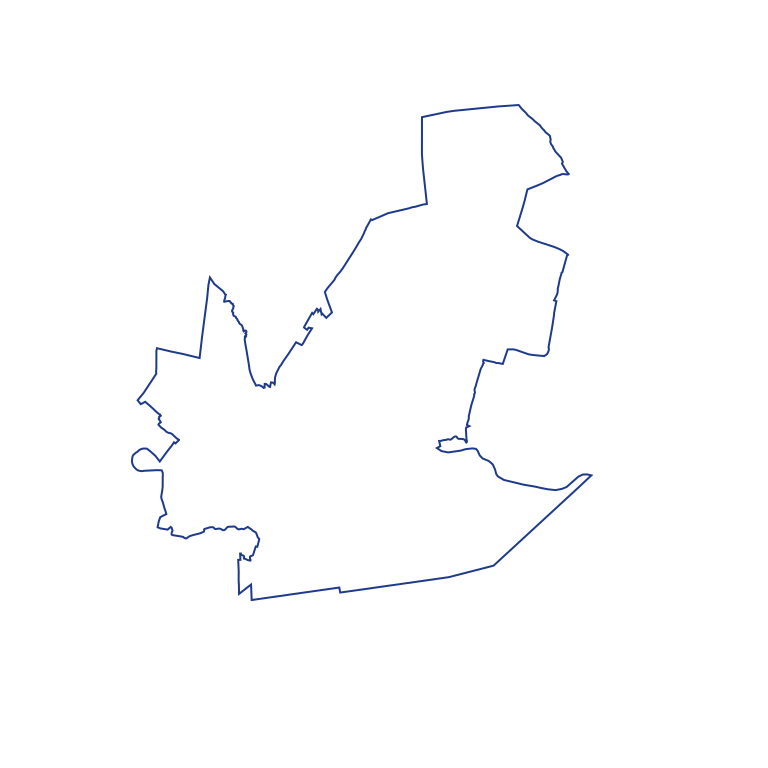 outline of Siret, Suceava, Romania, rotated 150°
{"feature_id": "2599482B44067509189222", "entity_name": "Siret", "entity_type": "district", "adm_level": 2, "iso_a3": "ROU", "parent_name": "Romania", "parent_adm1": "Suceava", "projection": "albers", "projection_center": [26.077, 47.951], "detail": "fine", "context": "isolated", "style": "outline", "palette": "blue", "viewbox_px": 768, "rotation_deg": 150, "n_neighbors": 0, "source": "geoboundaries", "source_scale": "gbopen_adm2", "svg_char_len": 6166}
<svg xmlns="http://www.w3.org/2000/svg" viewBox="0 0 768 768"><g transform="rotate(150 384 384)"><path d="M629.6,449.1L631.3,448.6L633.7,448.5L636.5,447.9L637.7,447.2L639.0,445.8L640.9,443.2L641.3,442.2L641.8,440.5L642.0,438.9L642.0,437.4L641.2,434.1L640.4,432.4L639.3,431.2L637.3,429.6L635.0,428.7L623.5,422.8L619.7,420.4L620.0,417.7L621.6,414.8L622.0,414.3L627.1,405.6L629.5,402.4L633.4,397.7L634.1,395.7L634.9,391.3L636.2,386.5L636.6,384.1L637.5,380.2L644.3,380.6L648.0,377.4L651.7,373.1L649.9,370.8L644.2,366.1L640.2,366.9L639.8,365.8L640.4,362.9L640.7,362.5L642.3,361.3L642.7,360.8L643.1,360.0L643.1,359.5L642.7,358.9L634.4,352.1L634.2,351.2L633.8,350.4L633.0,349.5L632.5,349.1L628.2,349.4L624.8,348.6L617.8,346.6L613.9,346.2L613.2,346.6L612.6,347.9L612.0,348.2L606.4,346.9L604.7,346.1L603.6,345.3L603.3,344.8L603.0,343.3L602.4,342.6L598.9,341.2L597.8,340.0L597.1,338.7L596.2,337.7L595.2,337.3L593.8,337.5L591.9,338.2L590.5,338.3L585.4,335.7L584.4,335.0L583.3,331.8L582.5,330.7L579.8,329.9L578.1,328.4L573.4,328.3L572.0,325.2L571.5,324.4L571.1,322.7L569.5,320.0L569.2,319.2L569.6,316.3L569.9,315.0L569.9,313.7L569.5,312.2L571.1,310.4L575.1,306.4L576.3,307.4L582.9,301.4L583.4,301.2L585.8,301.6L586.4,301.4L587.0,300.6L587.3,299.8L587.4,298.9L587.9,297.9L588.2,297.9L590.3,300.0L591.8,302.2L592.6,302.9L592.3,303.5L591.7,304.0L591.4,304.6L591.4,305.5L593.2,307.4L592.7,308.7L593.4,309.1L596.3,303.5L598.2,304.6L603.5,294.4L607.8,287.1L610.2,282.4L614.5,274.7L599.4,276.8L606.6,263.1L524.5,230.1L526.2,225.3L502.7,215.8L424.7,184.4L379.9,171.9L267.6,197.1L250.1,201.2L253.4,204.2L257.1,206.2L261.9,206.6L277.4,203.5L282.2,204.2L288.3,206.2L294.6,210.8L299.4,214.9L304.7,219.8L313.2,226.8L328.1,240.9L331.6,247.1L331.8,250.0L330.6,254.3L330.0,260.0L331.8,265.0L335.8,270.2L336.8,274.2L336.3,279.6L336.8,281.9L339.8,284.1L346.0,286.8L350.8,287.9L362.7,292.7L367.8,297.2L370.2,302.1L366.3,302.0L366.0,303.1L364.7,307.1L363.0,306.2L361.3,305.9L358.0,304.5L356.2,304.2L354.4,302.6L353.6,302.5L352.5,302.6L350.6,303.1L348.7,303.0L347.9,302.6L347.6,302.2L347.4,301.7L347.5,300.8L347.2,299.8L346.7,299.1L344.2,297.6L342.9,296.6L342.4,295.9L342.1,295.2L342.0,294.4L342.1,292.9L342.0,292.1L341.6,292.1L340.7,293.1L340.2,294.9L335.6,304.1L334.6,305.2L331.2,304.9L332.7,307.1L330.9,308.9L328.1,311.3L326.6,313.8L319.1,321.9L313.0,327.5L311.4,329.2L311.1,330.0L309.8,330.7L309.4,331.3L308.7,333.4L307.9,334.5L305.3,336.6L303.9,338.1L292.7,348.7L288.8,351.2L288.0,352.0L287.1,352.3L287.1,353.2L286.7,354.3L285.8,355.2L282.3,351.9L277.3,347.5L276.2,345.9L274.4,344.9L271.1,342.0L259.6,352.1L256.8,350.5L254.9,349.5L252.7,347.6L244.0,337.5L241.4,335.3L233.9,329.9L231.8,328.6L231.5,328.1L231.1,328.2L229.3,328.2L227.8,328.4L226.9,328.9L224.8,330.5L224.1,331.2L223.4,332.6L223.3,333.2L222.7,334.1L210.4,348.6L202.2,358.8L201.5,360.0L199.5,362.4L193.3,369.5L194.9,371.4L189.8,374.7L188.3,376.0L186.9,377.9L185.7,379.9L184.0,381.6L179.3,387.0L174.9,391.1L174.8,391.4L174.5,391.6L173.5,391.7L161.3,403.7L160.0,403.8L160.0,404.3L162.2,409.2L164.0,412.2L165.9,414.8L168.0,417.5L179.5,430.3L183.3,435.2L184.7,437.9L189.8,454.3L175.9,467.2L170.3,472.7L162.5,480.8L150.1,479.0L145.7,478.5L132.7,477.9L129.9,477.7L126.8,476.9L125.2,476.9L123.5,476.0L120.5,473.8L119.5,473.4L119.0,473.5L119.7,477.1L119.7,485.9L118.3,486.7L118.0,487.3L117.5,491.4L119.2,498.9L119.4,500.7L119.2,502.0L119.5,503.4L119.1,504.7L119.1,505.5L119.4,508.5L118.8,510.9L117.4,512.3L116.8,514.6L116.3,515.5L116.3,516.2L117.0,518.2L118.2,521.2L118.5,523.6L119.1,525.7L119.4,527.4L119.6,529.9L120.7,532.8L121.9,535.7L122.9,539.3L125.1,544.7L125.6,548.1L127.1,553.4L127.9,558.3L146.6,567.4L186.4,585.4L193.4,588.2L217.7,596.1L236.4,563.8L242.4,551.3L252.1,529.2L256.9,518.4L260.4,519.9L268.1,521.8L271.5,523.1L274.3,523.6L295.0,529.9L312.4,531.9L313.0,533.1L320.2,528.8L321.1,528.4L322.5,527.1L324.3,526.0L325.8,524.7L331.1,521.1L334.5,519.4L343.0,514.6L362.1,504.7L365.8,503.1L370.5,501.5L372.6,500.5L374.8,499.0L384.9,495.3L389.2,493.3L390.9,485.8L393.3,472.0L400.9,470.1L402.3,475.9L403.2,475.6L401.5,480.7L404.8,479.5L404.1,481.3L404.5,482.7L410.3,479.8L410.7,481.5L424.9,473.2L424.9,472.5L423.5,469.4L422.9,469.6L421.4,470.4L421.0,470.5L420.5,469.9L418.5,468.2L426.2,464.2L433.5,459.8L435.3,458.9L435.9,458.9L439.3,464.1L451.6,457.9L459.8,454.1L463.9,451.8L465.8,451.2L472.3,446.9L475.2,444.0L478.1,439.4L478.6,438.7L478.9,438.4L479.0,439.2L479.5,440.7L479.6,440.9L480.5,441.3L481.0,441.9L483.1,439.7L483.7,438.8L484.2,438.4L484.6,438.8L486.1,443.0L486.5,443.4L487.3,443.7L487.7,442.9L488.4,442.1L489.1,440.6L490.2,440.8L490.4,441.6L491.3,443.6L492.4,445.0L492.9,445.6L495.6,446.6L495.2,454.0L494.4,459.2L493.4,463.3L491.4,468.2L486.4,481.5L484.2,487.6L482.6,491.7L481.0,494.3L480.3,493.9L479.8,494.2L480.2,494.7L480.1,495.0L478.9,495.3L478.4,495.7L478.4,496.3L478.6,496.5L478.7,497.1L478.2,497.2L477.2,497.7L476.8,498.6L476.9,499.2L477.4,499.7L479.2,499.7L479.2,500.4L479.0,500.9L478.4,502.0L478.2,503.5L477.8,505.2L477.8,506.0L478.9,508.5L478.9,509.0L478.9,509.4L478.6,509.9L479.0,512.1L478.6,513.3L478.7,513.8L479.0,514.7L479.1,515.1L478.8,516.1L479.0,516.6L480.1,518.3L479.8,520.1L478.9,521.1L478.9,521.5L479.3,522.4L479.3,522.8L478.6,523.8L476.8,524.8L476.2,525.8L475.3,526.4L475.3,527.1L475.1,527.3L475.3,528.4L474.9,529.0L475.9,530.1L475.7,530.9L476.2,531.4L476.1,532.8L476.4,533.2L477.4,533.8L481.2,535.1L480.7,536.1L478.7,537.9L476.8,540.1L476.4,540.4L476.7,540.7L476.8,541.2L476.8,542.8L477.0,544.9L480.9,555.2L481.5,563.3L486.5,557.6L494.0,547.1L517.9,515.9L530.7,498.7L543.2,510.6L552.4,518.8L562.7,528.5L564.6,526.4L573.5,511.1L574.6,509.6L575.7,507.7L576.0,506.8L596.3,496.6L605.5,493.1L604.7,488.1L599.7,488.0L597.5,481.8L594.7,472.6L593.6,469.8L593.2,469.5L593.2,468.1L595.0,468.1L595.3,467.8L595.3,467.4L595.5,467.0L596.6,466.5L596.4,463.1L596.5,462.4L598.6,462.2L599.5,461.8L599.7,461.3L598.7,457.5L597.1,454.3L596.3,451.3L595.1,449.5L593.4,448.0L592.6,446.7L591.0,441.4L590.5,440.0L589.4,438.2L589.5,438.0L594.3,436.8L595.0,438.5L598.7,436.7L606.0,433.8L616.9,429.0L617.9,436.0L620.1,442.7L621.7,446.6L624.4,448.3L626.7,449.1L629.6,449.1Z" fill="none" stroke="#1e3a8a" stroke-width="2"/></g></svg>